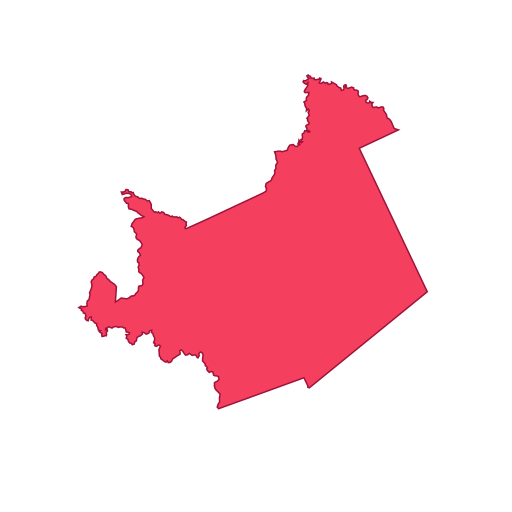 the district of Itapuã do Oeste, Rondônia, Brazil, rotated 335°
{"feature_id": "56859067B5479725991078", "entity_name": "Itapuã do Oeste", "entity_type": "district", "adm_level": 2, "iso_a3": "BRA", "parent_name": "Brazil", "parent_adm1": "Rondônia", "projection": "mercator", "projection_center": [-63.164, -9.133], "detail": "fine", "context": "isolated", "style": "filled", "palette": "rose", "viewbox_px": 512, "rotation_deg": 335, "n_neighbors": 0, "source": "geoboundaries", "source_scale": "gbopen_adm2", "svg_char_len": 6113}
<svg xmlns="http://www.w3.org/2000/svg" viewBox="0 0 512 512"><g transform="rotate(335 256 256)"><path d="M248.6,398.0L396.1,360.8L395.1,202.0L438.4,201.9L435.3,199.0L435.1,197.7L435.4,191.5L434.9,188.8L434.3,187.6L433.1,186.5L434.0,182.9L433.2,177.7L434.2,176.4L434.2,174.9L432.9,173.9L429.3,173.4L428.4,171.9L425.0,170.9L424.6,169.8L425.3,167.1L426.9,166.3L425.2,165.3L424.4,163.8L423.8,165.0L422.2,164.7L421.3,163.9L420.7,162.7L421.2,161.3L422.6,161.2L424.3,160.0L424.1,158.2L423.0,156.7L420.6,155.9L418.6,155.8L417.2,155.4L416.8,153.9L416.9,152.2L418.1,150.6L418.2,149.2L417.1,148.0L415.8,147.5L415.0,146.3L415.6,144.9L414.0,143.3L410.6,143.0L409.1,142.1L408.5,140.6L409.9,140.2L409.8,138.7L408.2,138.5L407.2,139.2L406.5,141.6L405.5,142.3L403.3,142.0L403.8,139.6L402.5,138.4L401.3,136.3L401.3,134.7L398.0,130.1L397.2,131.7L393.9,131.0L394.2,129.5L393.0,128.5L391.7,128.9L390.8,126.8L389.3,126.8L388.2,127.3L386.4,125.9L389.2,123.6L389.9,122.6L388.8,121.6L388.0,122.6L386.5,121.9L384.8,121.6L383.3,120.6L383.9,119.4L382.3,118.7L381.2,117.9L381.3,116.2L380.2,115.2L379.8,114.0L378.4,114.1L378.1,115.3L379.1,117.4L374.9,118.2L373.3,117.1L372.2,118.2L373.0,120.2L374.2,121.7L376.3,120.8L374.8,123.6L370.4,126.2L369.2,127.4L369.5,128.7L373.0,130.2L371.3,132.6L369.0,133.4L368.0,134.7L367.5,136.3L364.5,136.7L364.7,138.3L364.0,140.2L364.0,142.4L364.3,143.6L363.0,145.7L365.7,145.1L365.7,146.9L364.0,147.7L363.8,150.9L360.2,152.8L360.7,154.0L359.9,155.2L360.4,157.9L359.2,158.9L358.0,158.6L356.0,159.3L355.9,160.4L356.1,161.6L355.0,164.1L353.1,163.1L351.3,164.8L349.6,164.9L348.9,166.1L348.6,167.4L347.4,169.6L345.9,169.4L345.5,171.0L346.4,172.2L345.2,172.5L344.2,171.3L343.9,169.2L343.1,170.5L341.5,172.0L342.9,172.4L342.9,173.6L341.4,173.5L339.7,174.1L337.8,173.1L336.9,170.7L333.5,169.8L331.3,171.1L329.0,173.4L324.6,172.7L323.4,172.3L322.5,171.3L321.0,170.6L316.9,169.4L316.4,173.5L315.1,176.8L315.2,178.0L314.9,180.7L312.8,181.5L312.1,182.5L311.1,185.1L309.5,186.0L308.7,186.8L308.4,188.5L307.4,189.7L303.7,191.9L301.6,194.0L297.2,194.3L295.8,194.6L294.0,196.9L293.8,199.8L292.4,201.6L288.4,201.9L225.3,202.0L204.2,201.7L203.4,200.7L204.3,199.6L205.8,199.1L206.2,197.3L207.3,195.8L206.3,194.6L205.2,192.2L204.1,191.4L203.8,190.0L203.1,188.5L201.4,188.4L200.8,187.1L197.6,185.7L196.9,184.3L195.6,184.5L193.4,181.4L190.7,179.5L190.9,178.0L190.2,177.0L189.0,176.1L188.0,176.7L186.8,176.5L186.3,174.8L184.8,175.0L183.9,173.6L182.6,173.4L182.0,172.1L181.2,168.7L182.8,165.2L182.9,163.4L182.7,161.9L182.7,160.7L181.3,160.5L180.4,159.5L179.6,157.8L178.0,156.7L176.9,155.4L174.7,154.6L173.7,152.2L171.9,150.9L171.3,148.2L171.6,146.6L170.3,146.1L169.9,144.9L167.9,144.0L168.0,141.8L166.3,140.8L164.7,142.0L163.0,142.0L161.0,141.1L160.8,143.8L165.1,144.4L167.6,145.9L168.4,146.8L168.7,148.2L168.4,149.5L165.6,149.3L162.4,147.9L160.7,148.2L160.1,149.6L160.9,153.5L162.4,154.5L161.9,156.1L161.2,157.0L160.8,159.6L162.9,161.0L164.2,162.7L166.8,165.3L167.2,166.9L168.3,168.7L169.0,170.4L171.0,173.1L169.3,173.3L164.5,172.0L163.0,171.7L161.6,171.9L160.5,172.7L157.6,174.1L155.4,176.4L156.4,177.6L156.8,178.9L156.6,180.6L156.0,182.5L156.9,184.8L156.9,186.1L155.3,187.8L155.0,189.2L155.5,191.0L156.8,192.4L157.3,194.1L157.8,197.4L155.2,200.0L153.6,199.9L151.2,200.8L150.7,202.0L151.6,203.5L151.6,206.6L149.7,207.0L147.7,208.3L146.5,210.1L146.2,211.7L147.0,212.7L146.1,215.0L144.5,216.2L144.1,218.8L143.2,220.5L143.3,221.7L144.4,223.0L145.0,225.0L145.4,228.1L143.0,230.0L142.0,233.0L140.9,234.3L139.3,234.7L138.3,234.0L136.9,233.9L136.1,234.9L135.3,236.7L134.5,237.9L133.2,238.6L131.4,239.1L129.7,240.2L128.1,240.4L126.9,239.8L125.7,239.6L123.0,240.3L121.5,240.3L120.1,239.8L116.1,237.1L111.8,238.0L109.1,238.3L116.5,224.9L116.0,222.5L115.3,221.0L113.2,217.5L112.4,214.8L111.5,213.6L111.4,210.1L110.6,209.1L109.7,206.0L108.6,204.9L107.3,204.2L106.1,205.0L104.0,205.6L103.1,206.4L101.8,206.9L100.5,206.6L99.1,208.0L97.2,208.5L95.7,209.7L95.1,212.8L94.6,213.8L93.1,215.8L89.5,219.1L89.2,221.1L87.8,222.7L86.4,224.8L84.0,225.6L82.7,227.5L81.9,229.9L79.7,229.6L77.5,228.7L76.2,227.5L73.6,227.9L75.6,230.4L74.7,231.4L75.8,233.0L75.5,234.8L76.8,235.6L76.5,238.8L75.2,239.5L74.7,241.1L75.5,243.0L76.5,243.8L78.1,241.9L79.7,241.3L81.0,241.6L79.4,244.3L80.7,245.4L81.7,248.7L83.1,250.2L82.2,251.5L82.5,253.8L81.8,256.4L83.5,257.9L82.0,258.2L82.6,259.8L83.7,261.0L82.7,262.5L82.4,263.8L84.0,264.4L85.5,264.4L86.6,265.0L87.4,264.1L88.0,261.9L89.8,261.2L90.0,259.6L88.4,259.4L89.3,257.9L90.9,258.4L92.6,257.7L94.0,259.5L95.1,260.5L96.8,260.1L98.3,260.4L99.8,261.0L101.1,262.6L102.6,262.8L104.9,263.9L105.8,265.4L107.1,265.9L106.3,270.1L108.1,271.1L108.9,272.3L107.7,273.3L104.9,272.4L105.1,273.6L104.6,274.7L103.6,275.6L104.7,277.5L104.3,279.3L104.7,281.4L106.1,282.4L106.3,284.1L108.3,284.4L109.9,282.6L111.8,282.4L112.6,280.9L114.0,279.5L115.6,279.3L117.4,279.5L120.1,278.8L120.6,277.0L122.0,277.9L123.6,280.5L126.3,280.6L127.5,279.2L128.7,278.9L130.1,279.3L128.9,281.0L129.8,282.9L129.3,284.8L129.6,286.4L129.3,287.9L128.7,289.2L126.5,291.3L127.5,292.9L126.3,294.5L127.7,295.9L129.6,295.4L130.8,296.0L131.3,297.4L130.0,298.3L128.2,300.2L127.7,301.9L126.1,305.9L126.7,307.2L126.3,308.9L128.7,313.3L129.6,314.2L131.3,313.5L131.4,315.6L132.7,316.0L133.9,316.1L135.4,315.4L136.7,314.1L140.4,313.6L141.8,313.2L143.9,313.1L145.8,312.8L146.3,311.7L146.7,309.8L148.4,309.4L149.2,310.8L150.1,315.9L151.2,316.4L152.5,316.6L154.5,316.1L156.1,319.1L157.9,319.4L159.7,320.5L159.6,322.4L160.3,323.8L162.5,322.3L162.7,320.4L165.1,319.5L166.1,320.6L166.4,322.6L165.8,324.1L164.2,326.5L163.2,328.5L164.3,332.1L163.7,333.9L164.3,335.0L164.8,336.7L163.6,337.5L163.5,339.2L164.5,341.8L166.1,341.6L167.9,342.8L167.2,346.1L168.0,347.1L170.1,348.3L171.1,349.5L170.6,350.5L170.6,351.8L169.3,352.7L167.8,353.1L166.0,353.1L164.6,353.5L164.2,355.0L163.4,355.9L162.9,358.9L163.1,360.2L165.1,365.9L164.2,367.4L162.9,369.1L161.2,373.2L160.0,373.6L158.4,374.9L157.0,376.5L157.6,378.6L248.0,386.6L248.1,395.3L247.5,396.9L248.6,398.0ZM355.0,164.1L357.0,164.8L357.3,166.0L356.2,166.1L355.2,165.3L355.0,164.1Z" fill="#f43f5e" stroke="#9f1239" stroke-width="1.5"/></g></svg>